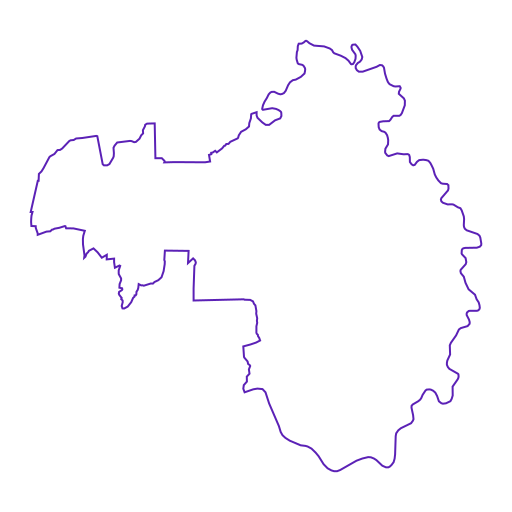 Bac Tan Uyen, Bình Dương, Vietnam (Natural Earth projection)
{"feature_id": "81297802B7309999559024", "entity_name": "Bac Tan Uyen", "entity_type": "district", "adm_level": 2, "iso_a3": "VNM", "parent_name": "Vietnam", "parent_adm1": "Bình Dương", "projection": "natural_earth1", "projection_center": [106.832, 11.138], "detail": "fine", "context": "isolated", "style": "outline", "palette": "violet", "viewbox_px": 512, "rotation_deg": 0, "n_neighbors": 0, "source": "geoboundaries", "source_scale": "gbopen_adm2", "svg_char_len": 5976}
<svg xmlns="http://www.w3.org/2000/svg" viewBox="0 0 512 512"><path d="M399.7,86.2L395.4,86.5L393.6,86.2L389.6,84.2L388.6,83.0L387.8,81.8L386.5,78.5L385.0,73.6L384.0,67.8L383.3,66.5L382.1,65.3L379.9,65.0L376.6,66.8L362.6,71.7L358.9,71.7L356.9,70.2L355.7,68.1L355.7,66.2L356.0,65.2L357.8,63.0L359.8,61.8L361.0,60.4L361.7,59.4L362.3,57.0L360.2,50.9L357.4,46.7L355.4,44.5L352.8,44.7L352.1,45.1L351.5,46.5L351.5,47.6L352.1,49.8L355.4,54.3L355.7,55.7L355.5,58.9L354.3,62.2L353.0,64.0L351.6,64.3L351.0,64.1L348.5,60.7L345.5,58.1L340.8,55.7L334.3,53.3L333.2,52.3L332.0,50.1L329.8,48.5L324.1,46.4L314.0,45.6L309.4,43.2L307.2,41.3L306.2,40.8L305.5,40.9L303.8,42.4L301.7,43.6L298.7,43.7L297.8,46.2L297.6,50.1L296.9,52.0L296.4,57.8L296.7,59.8L297.8,63.4L298.8,64.1L302.1,64.8L303.4,65.6L304.8,67.8L305.2,69.1L305.0,71.2L304.5,73.5L300.8,76.9L295.8,79.6L292.8,80.2L290.0,82.3L288.1,85.2L285.7,90.8L283.9,93.1L282.0,94.0L280.3,94.3L278.1,93.7L274.2,91.8L271.7,91.9L270.4,92.5L268.7,94.3L266.8,98.1L264.6,101.6L263.0,105.2L262.2,108.7L262.3,109.3L262.9,109.8L272.2,108.2L276.0,108.9L278.5,110.0L280.4,111.3L281.1,112.1L281.3,113.0L281.4,116.0L280.2,118.4L275.1,120.3L269.1,124.9L265.8,124.9L262.3,122.4L257.5,117.8L256.6,115.4L256.6,112.2L251.5,113.9L251.2,114.2L250.9,118.4L249.3,123.1L249.0,126.5L245.8,129.3L241.1,131.8L238.8,135.3L238.1,137.8L237.6,138.4L230.3,141.8L228.5,143.9L226.3,144.0L225.2,145.6L224.2,145.8L222.1,148.4L216.8,152.4L215.2,150.8L212.6,152.6L211.2,152.8L211.3,154.2L209.0,154.9L210.1,161.5L205.0,162.3L174.5,162.1L164.3,162.4L164.7,161.5L164.5,160.9L161.8,158.2L155.4,158.2L154.7,123.4L147.7,123.6L146.9,123.7L145.2,124.8L144.9,126.4L142.9,130.2L143.1,133.4L141.2,135.3L139.5,138.7L135.9,141.9L134.2,142.2L131.6,141.1L130.0,140.9L117.2,142.5L114.6,145.6L113.5,147.8L113.9,153.2L113.7,156.3L113.2,157.7L109.4,164.1L107.2,165.3L103.9,165.3L102.7,164.2L97.3,136.2L96.3,135.9L82.3,138.0L76.1,138.5L73.7,140.0L70.6,140.3L69.3,141.0L62.2,148.5L60.1,149.9L57.5,150.1L54.4,154.0L50.4,156.2L49.4,157.1L43.5,168.2L41.5,171.4L38.9,173.9L38.6,180.8L37.8,180.8L30.7,212.0L32.5,212.0L31.5,215.6L31.2,219.0L31.1,222.0L31.4,226.0L35.7,226.2L35.8,228.0L37.7,233.4L37.7,234.8L46.5,231.6L50.3,231.3L51.9,229.7L53.0,229.5L54.5,228.7L59.3,227.8L64.7,226.1L65.4,226.2L66.1,228.3L73.4,228.4L84.8,230.8L83.3,235.7L82.9,239.0L83.0,244.4L84.5,255.4L84.2,257.8L85.4,256.7L86.6,253.6L88.1,252.2L88.9,250.8L93.5,248.4L97.6,252.3L101.8,257.7L106.8,254.8L106.7,259.4L114.1,258.6L114.1,262.2L114.9,267.7L119.5,265.5L120.2,265.9L118.7,270.4L118.7,273.3L118.8,274.2L121.1,278.4L121.1,280.3L119.6,284.1L119.4,287.7L122.1,288.3L122.3,289.4L121.9,290.1L119.1,291.9L118.8,293.7L119.3,294.9L121.7,298.0L121.2,299.1L122.6,300.5L122.7,302.2L121.7,306.0L122.5,308.4L124.2,308.5L127.7,306.6L131.2,302.2L133.1,297.9L134.5,296.6L134.6,295.4L135.7,295.3L136.3,294.5L136.5,291.7L137.7,289.9L138.3,287.8L138.7,284.1L141.2,285.4L142.6,285.3L143.8,285.7L150.8,283.5L152.9,283.6L154.5,282.0L158.3,280.2L161.5,277.3L163.6,271.2L164.7,264.2L164.8,261.3L164.3,260.0L164.9,250.6L188.6,250.9L188.0,263.1L193.1,258.4L195.0,260.3L195.8,262.3L195.6,263.7L194.4,265.8L193.6,288.4L193.6,300.5L243.8,299.3L244.5,299.7L250.2,299.9L253.0,301.4L254.0,303.8L255.4,305.4L256.4,311.1L256.2,313.7L257.2,318.3L256.9,320.8L257.2,322.8L256.4,326.3L256.4,332.8L256.8,333.8L257.8,334.7L258.0,336.1L259.2,337.9L260.1,340.5L256.0,342.6L250.4,344.5L243.3,346.4L244.0,356.9L244.4,357.7L247.6,361.5L248.1,363.9L249.8,365.2L250.2,366.0L248.9,369.4L249.5,373.7L246.8,376.6L246.9,381.6L243.8,385.1L243.3,388.7L244.6,392.3L253.3,389.3L257.4,388.6L262.5,389.1L265.5,392.3L269.1,403.4L278.9,426.1L280.7,432.0L282.5,435.2L285.4,437.9L289.8,440.7L300.6,445.3L305.5,445.9L307.6,446.5L311.5,448.6L315.7,452.7L318.6,456.2L323.6,464.2L327.6,468.3L331.4,470.4L334.1,471.2L337.1,471.2L340.2,470.0L356.5,460.7L362.4,458.5L368.2,457.1L370.9,457.3L373.9,458.5L376.4,460.1L382.3,465.7L385.9,467.3L388.4,467.3L389.8,466.6L391.5,465.0L393.6,462.2L394.6,458.7L395.1,454.4L395.7,436.1L396.2,433.3L398.3,430.3L400.9,428.2L411.1,423.2L412.9,420.7L413.5,419.2L413.1,415.2L411.5,407.7L411.6,405.8L412.7,404.5L418.3,401.2L420.2,399.6L421.3,398.0L422.6,394.9L425.5,390.5L426.7,389.6L429.3,389.4L430.8,389.6L433.1,390.7L435.3,392.6L437.1,396.0L438.9,401.3L441.3,403.2L442.9,403.7L446.0,403.3L450.4,401.2L451.7,398.8L452.7,395.5L452.6,386.6L457.7,379.3L458.4,377.7L458.6,376.3L458.4,374.3L458.0,373.8L449.4,368.9L447.9,367.1L446.9,364.8L446.9,362.8L447.3,360.6L450.1,354.5L449.8,345.3L450.9,342.8L456.1,335.4L458.9,329.5L460.8,328.1L467.6,326.1L469.6,323.8L469.7,322.1L469.0,319.6L466.7,315.1L466.6,313.9L467.0,312.5L468.7,311.0L469.9,310.8L477.0,310.8L478.4,310.3L479.5,309.0L479.8,307.8L479.5,305.3L478.7,302.4L476.6,299.2L475.0,294.7L468.6,289.3L465.5,282.8L463.8,276.7L460.9,273.2L460.4,271.0L460.7,269.8L465.7,264.2L466.3,262.1L465.6,258.1L462.0,254.3L461.6,253.5L461.8,250.1L462.2,249.2L463.3,248.3L465.3,247.9L476.8,247.7L479.8,246.7L481.2,245.1L481.3,243.5L480.3,237.6L479.5,235.7L477.5,234.0L466.7,230.3L464.8,228.7L464.0,226.8L463.8,225.1L464.1,219.1L463.8,216.4L461.7,210.4L460.4,208.2L457.9,207.3L453.5,204.6L452.0,204.3L447.6,204.4L443.0,202.8L441.4,201.4L440.9,199.6L441.3,198.2L448.0,190.4L448.5,188.6L448.4,185.2L447.1,184.0L442.7,183.7L441.0,183.2L438.3,180.4L436.3,177.5L434.8,174.5L433.2,168.7L431.5,165.2L430.4,163.1L429.0,161.4L428.2,160.7L426.2,160.1L423.2,159.7L419.2,160.1L417.0,161.8L414.7,164.9L413.2,165.3L411.6,164.3L409.9,162.0L409.8,157.1L409.2,155.0L408.6,154.5L407.6,154.1L403.7,154.3L397.2,153.4L388.7,156.1L387.2,155.4L385.2,152.8L385.1,151.6L385.4,148.7L388.0,144.4L388.2,140.1L387.8,137.7L387.1,135.2L385.5,132.7L384.2,131.8L381.6,131.1L379.6,129.5L378.7,127.2L378.5,123.6L378.9,122.5L379.8,121.9L383.1,121.3L389.1,121.1L390.4,119.8L392.2,117.0L393.6,115.8L399.3,115.8L400.6,115.0L401.9,113.1L404.8,105.3L404.9,100.7L403.9,98.4L398.8,93.8L399.0,91.8L400.6,88.5L400.6,87.7L399.7,86.2Z" fill="none" stroke="#5b21b6" stroke-width="2"/></svg>